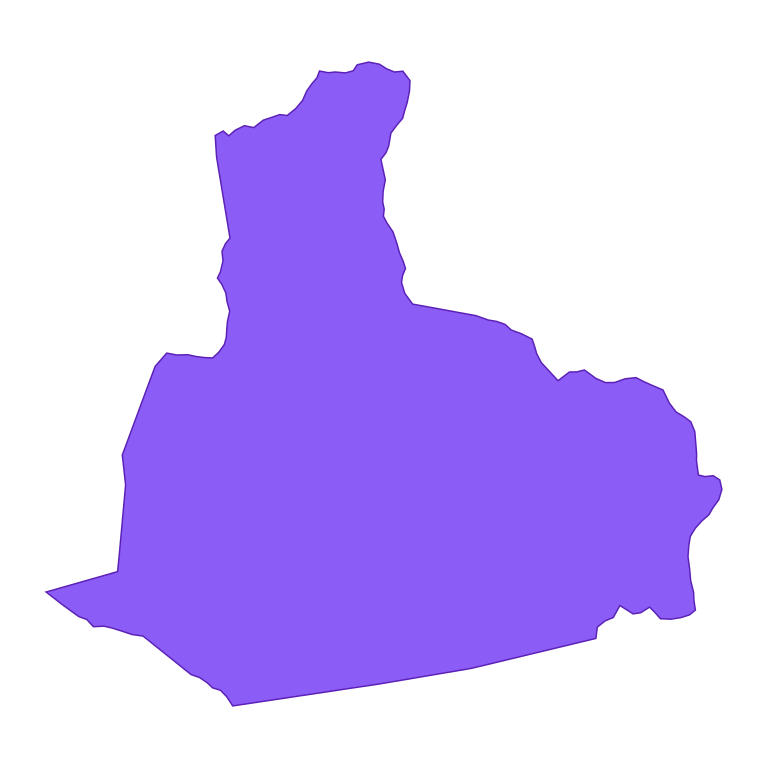 outline of Araçás, Bahia, Brazil
{"feature_id": "56859067B21814808671307", "entity_name": "Araçás", "entity_type": "district", "adm_level": 2, "iso_a3": "BRA", "parent_name": "Brazil", "parent_adm1": "Bahia", "projection": "orthographic", "projection_center": [-38.2, -12.144], "detail": "fine", "context": "isolated", "style": "filled", "palette": "violet", "viewbox_px": 768, "rotation_deg": 0, "n_neighbors": 0, "source": "geoboundaries", "source_scale": "gbopen_adm2", "svg_char_len": 2100}
<svg xmlns="http://www.w3.org/2000/svg" viewBox="0 0 768 768"><path d="M46.1,592.0L53.8,598.0L62.0,604.4L71.9,611.6L78.8,616.6L86.8,619.5L93.4,626.7L104.0,626.2L111.5,627.9L121.8,631.1L132.0,634.5L143.1,636.1L191.1,674.6L199.5,677.5L207.3,682.8L212.5,687.8L220.5,690.3L226.8,696.8L232.7,705.9L379.8,683.9L471.2,668.4L595.9,638.4L597.3,627.1L605.1,620.9L613.3,617.5L619.9,605.5L626.5,609.7L633.1,613.9L640.8,612.7L649.6,607.1L654.9,612.4L660.4,618.7L670.7,619.2L680.9,617.6L689.5,614.9L695.4,610.1L694.0,600.9L693.6,592.3L690.7,580.7L689.6,568.6L688.0,556.6L688.8,545.5L690.3,536.4L695.3,528.2L701.8,521.0L709.0,514.7L712.9,507.8L718.8,499.8L721.9,489.4L719.8,480.0L713.2,475.7L705.0,476.6L698.4,475.0L697.4,467.9L696.5,460.7L696.6,453.8L695.8,443.7L694.8,431.6L690.8,421.8L684.7,417.2L676.0,411.9L669.4,403.2L663.0,390.0L652.0,385.3L643.5,381.5L636.0,377.6L625.1,378.8L614.6,382.5L605.4,382.6L595.9,378.4L584.4,370.0L576.7,371.9L569.4,372.0L558.0,380.7L541.3,362.6L536.6,353.5L534.7,346.7L532.1,339.1L521.5,333.8L511.2,330.0L505.1,324.4L496.6,321.4L488.2,320.0L476.1,315.7L412.6,304.1L404.8,293.4L401.5,282.5L402.6,275.4L405.5,268.5L403.1,261.0L399.6,253.1L396.8,243.2L393.0,231.9L387.1,223.2L383.4,216.2L384.2,209.3L382.7,201.8L383.1,191.6L385.3,179.9L382.8,168.1L380.9,159.4L386.0,152.7L388.7,145.9L390.9,133.1L397.0,124.9L402.6,118.4L404.9,109.8L407.1,102.9L409.5,90.9L410.0,80.7L402.9,71.2L394.5,72.0L386.8,68.9L379.4,64.2L368.7,62.1L357.2,64.8L353.2,70.8L345.4,72.9L335.2,72.0L328.2,72.7L319.5,71.0L317.0,77.7L311.9,83.7L306.7,91.0L302.6,100.4L295.7,108.6L287.2,115.5L279.7,114.6L272.8,117.0L263.2,120.2L253.8,127.6L244.4,125.7L235.2,130.2L228.8,135.8L223.2,131.0L215.2,135.5L216.6,157.3L230.0,238.1L225.6,243.4L222.0,251.2L223.0,261.0L220.4,271.9L217.4,278.1L221.8,284.4L225.9,293.1L227.0,301.5L229.7,311.2L227.4,321.8L226.7,330.1L226.3,337.3L224.4,344.4L218.7,352.3L212.7,357.9L204.6,357.6L196.1,356.5L187.6,354.7L176.9,355.0L166.7,353.1L155.2,366.3L146.0,390.9L133.4,425.1L122.3,455.0L125.6,485.1L119.5,552.3L117.6,571.6L46.1,592.0Z" fill="#8b5cf6" stroke="#5b21b6" stroke-width="1.5"/></svg>